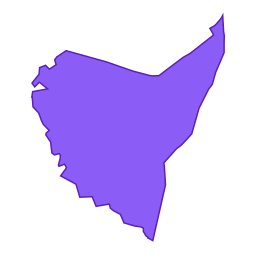 Santa María Jaltianguis, Oaxaca, Mexico
{"feature_id": "50627088B4458408307451", "entity_name": "Santa María Jaltianguis", "entity_type": "district", "adm_level": 2, "iso_a3": "MEX", "parent_name": "Mexico", "parent_adm1": "Oaxaca", "projection": "albers", "projection_center": [-96.545, 17.361], "detail": "fine", "context": "isolated", "style": "filled", "palette": "violet", "viewbox_px": 256, "rotation_deg": 0, "n_neighbors": 0, "source": "geoboundaries", "source_scale": "gbopen_adm2", "svg_char_len": 1147}
<svg xmlns="http://www.w3.org/2000/svg" viewBox="0 0 256 256"><path d="M31.7,97.8L32.2,96.3L33.0,106.9L38.7,113.0L41.3,120.2L43.4,124.5L49.2,130.4L46.2,133.1L45.8,134.8L50.7,142.2L51.3,148.2L51.9,152.9L54.4,154.9L59.3,153.6L60.3,155.1L60.2,158.3L58.4,165.1L59.0,166.3L64.5,164.2L66.5,167.8L60.6,175.9L76.0,184.2L79.8,197.2L92.2,196.7L96.1,206.3L104.4,204.9L109.3,204.1L110.4,208.2L113.8,210.9L120.4,214.4L124.0,222.9L135.1,226.1L141.2,226.9L143.3,228.2L143.4,231.8L144.3,232.9L145.8,235.7L147.8,237.2L147.7,237.8L152.8,240.6L165.5,184.8L164.3,165.8L163.8,162.9L176.6,148.6L181.2,145.2L187.1,139.0L191.7,133.9L199.1,108.0L208.6,89.2L212.3,84.3L215.7,72.3L224.1,52.6L224.1,43.1L224.3,35.9L223.6,31.4L222.7,15.4L221.5,17.8L220.8,18.7L220.1,19.6L216.3,24.0L214.7,25.6L209.9,28.4L210.2,28.8L213.6,35.0L190.3,53.3L183.1,57.4L169.0,68.0L158.9,75.7L152.6,75.9L149.1,75.4L145.1,74.3L133.0,71.1L128.9,69.7L106.1,61.8L98.2,59.6L91.7,57.8L66.1,50.7L62.1,53.4L56.8,56.9L55.6,58.5L54.7,59.8L56.1,64.7L49.3,69.2L45.6,65.3L39.6,67.6L39.1,74.2L32.0,83.1L34.7,86.9L39.4,82.2L47.6,88.9L32.7,91.6L31.7,97.8Z" fill="#8b5cf6" stroke="#5b21b6" stroke-width="1.5"/></svg>